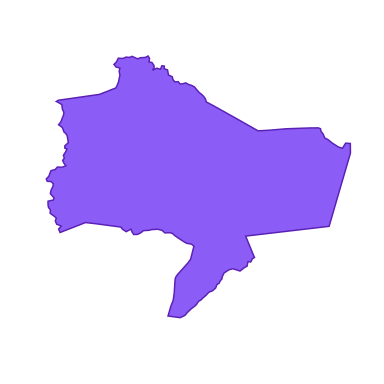 outline of Bom Conselho, Pernambuco, Brazil, rotated 190°
{"feature_id": "56859067B86155834200709", "entity_name": "Bom Conselho", "entity_type": "district", "adm_level": 2, "iso_a3": "BRA", "parent_name": "Brazil", "parent_adm1": "Pernambuco", "projection": "albers", "projection_center": [-36.642, -9.181], "detail": "fine", "context": "isolated", "style": "filled", "palette": "violet", "viewbox_px": 384, "rotation_deg": 190, "n_neighbors": 0, "source": "geoboundaries", "source_scale": "gbopen_adm2", "svg_char_len": 2454}
<svg xmlns="http://www.w3.org/2000/svg" viewBox="0 0 384 384"><g transform="rotate(190 192 192)"><path d="M314.9,129.2L291.6,143.4L282.0,144.0L256.1,145.1L253.9,143.2L249.9,141.5L245.7,144.8L244.0,142.1L242.0,140.0L238.2,140.8L235.4,142.9L233.1,145.5L230.7,146.1L228.1,146.7L225.0,148.0L219.2,149.4L214.8,149.0L211.6,147.0L207.2,148.0L204.3,147.9L201.1,145.9L196.6,143.9L192.8,142.2L188.3,140.5L183.5,140.6L180.7,138.9L181.7,125.6L183.6,121.6L191.6,108.7L193.0,106.0L193.5,103.8L193.3,101.3L192.5,94.1L192.0,89.6L191.7,82.2L193.0,75.9L194.1,65.7L181.8,66.2L177.5,69.3L175.6,72.6L172.7,76.6L169.8,79.7L168.1,81.9L166.6,85.4L164.3,87.4L162.5,90.0L160.4,92.5L158.0,96.2L154.6,98.3L152.0,101.6L151.4,105.2L149.5,106.8L148.7,109.5L147.5,111.5L147.4,114.2L146.3,117.9L142.3,121.6L138.7,123.5L134.3,123.0L131.0,122.5L127.1,126.8L124.9,128.5L124.8,133.1L122.0,133.3L120.9,136.8L119.1,138.3L121.9,142.7L131.5,157.9L100.1,167.3L79.7,173.4L51.0,182.0L47.7,212.6L42.7,257.8L44.5,267.3L49.2,266.8L51.4,261.2L55.9,261.8L62.9,264.8L67.1,267.2L70.4,268.1L73.0,271.9L75.7,274.4L76.4,276.6L78.7,277.1L87.7,275.4L109.9,270.7L126.5,266.3L137.5,263.7L162.1,272.4L185.6,280.6L193.6,283.2L194.8,285.8L197.1,288.2L199.6,289.9L202.1,291.2L205.5,293.9L207.8,295.9L210.9,296.9L214.5,297.4L217.0,298.4L220.1,296.9L222.5,296.3L224.8,298.3L227.8,297.4L230.2,299.3L231.5,302.1L235.5,303.2L237.3,308.0L240.9,308.6L241.1,311.2L243.6,311.1L244.4,307.4L248.2,307.8L252.1,305.0L250.9,307.4L251.3,309.8L253.9,312.6L256.9,312.6L257.0,316.2L258.9,318.3L261.4,316.4L266.1,315.3L268.7,313.7L274.6,315.2L276.9,313.7L280.4,313.4L282.5,311.9L285.0,311.2L287.8,311.0L289.0,307.0L291.0,304.1L288.5,301.9L284.5,301.5L284.7,298.1L283.3,294.6L283.5,287.8L284.0,285.0L285.0,281.3L300.0,272.1L337.0,260.0L339.5,259.2L341.3,257.6L337.9,256.5L335.3,255.4L334.1,251.2L332.0,248.2L331.9,245.6L333.4,238.1L335.1,235.1L330.9,233.0L328.5,228.9L326.6,227.8L324.7,225.8L323.3,221.8L322.4,219.0L325.2,215.5L325.0,213.2L322.6,212.6L323.5,209.4L325.0,205.8L323.6,203.1L324.9,200.7L323.3,198.3L320.8,195.9L324.1,193.9L328.9,193.2L330.6,190.4L334.6,188.5L335.1,186.2L335.7,182.7L337.8,179.5L336.4,177.4L332.4,177.8L330.1,176.0L329.9,173.5L331.1,169.3L331.2,165.7L326.8,162.2L327.2,159.9L329.6,159.1L332.2,157.9L331.5,154.2L330.6,151.8L328.4,149.9L328.0,146.4L323.2,144.1L321.1,142.8L321.6,139.8L319.6,136.7L317.4,136.4L314.9,135.6L316.9,132.4L314.9,129.2Z" fill="#8b5cf6" stroke="#5b21b6" stroke-width="1.5"/></g></svg>